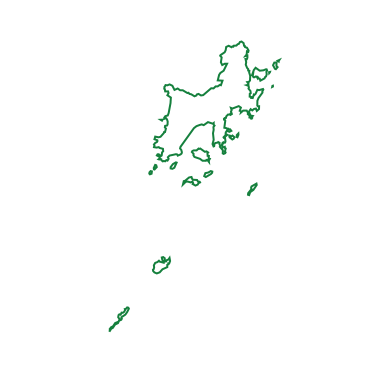 Mueang Phuket, Phuket, Thailand (Robinson projection), rotated 18°
{"feature_id": "78962969B33531913696438", "entity_name": "Mueang Phuket", "entity_type": "district", "adm_level": 2, "iso_a3": "THA", "parent_name": "Thailand", "parent_adm1": "Phuket", "projection": "robinson", "projection_center": [98.375, 7.727], "detail": "fine", "context": "isolated", "style": "outline", "palette": "green", "viewbox_px": 384, "rotation_deg": 18, "n_neighbors": 0, "source": "geoboundaries", "source_scale": "gbopen_adm2", "svg_char_len": 6012}
<svg xmlns="http://www.w3.org/2000/svg" viewBox="0 0 384 384"><g transform="rotate(18 192 192)"><path d="M135.5,98.2L133.8,98.5L133.5,100.5L132.6,100.9L133.4,100.9L133.7,102.4L134.4,102.6L135.4,104.6L138.1,103.7L139.1,105.1L138.7,107.6L142.7,108.7L144.1,114.1L145.4,124.1L145.3,126.7L143.2,128.1L142.6,130.0L143.1,130.9L144.5,129.8L145.8,130.7L147.1,132.5L147.9,135.4L147.7,136.5L146.0,137.4L146.2,138.9L147.6,139.7L147.8,143.3L146.9,143.7L147.0,144.6L145.0,149.2L143.3,150.3L139.9,150.7L140.0,153.4L143.0,153.5L143.4,154.1L143.2,155.3L141.8,156.8L141.1,158.6L141.9,159.3L142.0,161.1L144.6,160.7L146.5,159.6L147.5,160.1L151.0,159.9L152.0,162.1L151.3,163.6L151.9,166.7L150.5,168.6L150.7,170.3L150.1,171.2L150.8,171.2L151.6,170.3L152.7,170.4L153.0,171.2L154.8,171.9L155.6,171.2L157.0,171.1L157.8,169.6L159.0,169.7L159.5,167.7L158.3,166.4L159.4,164.3L165.1,161.0L166.4,160.9L167.2,161.8L169.5,159.8L170.2,158.6L170.1,157.3L168.8,155.3L167.2,154.3L167.1,152.6L174.1,130.7L175.9,128.0L178.7,125.8L180.4,124.7L182.5,124.8L185.6,120.6L190.7,120.6L191.3,119.7L191.8,121.3L192.9,121.9L192.3,123.6L193.4,126.2L193.8,129.6L196.5,135.7L196.7,140.0L198.4,142.0L198.9,141.6L198.5,139.4L199.0,138.2L201.3,137.0L201.5,136.4L202.4,136.6L203.0,136.7L203.4,138.1L204.9,139.6L204.6,140.4L208.5,142.8L209.3,145.8L210.3,146.0L211.6,144.8L211.7,143.9L210.8,143.5L210.6,140.2L209.7,140.0L209.2,138.9L207.7,140.1L205.9,137.8L205.9,135.7L206.4,135.1L207.0,135.6L207.2,134.9L208.2,134.7L208.2,133.5L206.7,130.4L205.6,130.7L205.1,130.2L206.2,128.0L207.0,128.2L207.9,126.7L206.0,126.4L205.7,124.8L206.2,123.1L209.0,123.2L210.5,121.7L208.9,120.6L208.0,121.1L207.2,120.6L206.3,121.6L205.4,120.6L202.9,120.9L201.6,113.9L200.9,113.2L200.1,113.3L199.8,112.5L200.3,111.5L201.4,111.0L201.2,109.5L202.3,107.2L203.8,106.8L204.2,105.9L204.9,106.6L205.8,105.5L204.2,103.4L204.4,101.9L203.0,100.0L204.7,100.1L209.9,95.9L212.4,96.6L212.3,100.0L213.9,100.1L214.0,101.3L215.5,98.8L218.9,97.7L220.8,99.4L221.0,100.7L223.2,101.5L223.6,103.4L224.7,103.3L225.6,104.0L226.2,103.7L226.4,102.9L225.9,102.0L226.3,100.9L224.1,101.2L221.3,98.1L222.2,95.1L224.1,95.8L225.3,93.9L227.0,92.9L228.6,94.9L230.1,92.4L229.3,89.7L228.1,90.1L227.4,89.6L226.0,85.1L226.2,82.1L228.3,75.7L227.8,74.6L228.2,72.6L227.7,72.1L224.3,74.4L222.6,74.6L222.1,79.0L221.2,80.6L220.7,80.4L220.7,83.9L219.3,84.2L219.3,83.3L217.4,83.5L216.6,80.7L217.3,79.8L216.4,77.9L213.8,76.2L213.8,75.0L213.0,73.6L211.0,73.5L212.3,72.7L212.4,71.8L210.6,70.4L212.1,69.7L212.7,68.0L211.5,63.6L209.4,60.6L209.1,59.0L207.9,59.1L207.4,57.7L206.1,57.0L203.8,54.3L203.4,51.7L201.8,49.0L203.1,48.8L203.2,47.2L202.5,45.1L200.8,46.2L201.5,44.3L200.8,41.3L202.2,41.4L202.1,40.0L199.7,37.8L197.7,37.8L197.0,36.7L196.3,36.8L195.1,34.5L192.6,33.6L191.2,34.6L190.8,36.6L189.7,37.4L189.0,39.0L186.5,40.0L186.4,41.0L185.4,41.1L184.9,42.1L181.7,41.6L179.7,43.5L180.2,46.7L179.9,49.0L176.8,53.0L176.7,53.7L178.6,54.8L179.4,59.7L181.5,61.9L183.5,59.9L185.7,59.2L184.6,66.9L182.2,70.0L181.6,72.2L182.0,77.9L186.6,76.7L186.5,81.5L185.4,81.5L183.8,83.6L181.8,84.3L180.5,86.8L178.2,87.4L172.7,96.4L170.7,97.4L167.9,96.7L166.5,97.7L166.3,98.9L164.8,100.2L161.1,99.3L159.3,99.5L158.0,98.7L157.0,99.3L151.8,98.1L149.2,98.9L146.4,98.0L143.8,100.3L140.5,97.0L137.5,96.6L135.5,98.2ZM192.4,266.8L192.5,264.4L191.0,261.6L190.4,263.6L189.0,264.7L188.8,266.0L187.7,266.5L186.5,263.4L184.7,262.8L183.5,263.6L184.8,265.8L186.8,266.9L187.0,268.0L182.8,268.2L181.8,267.6L180.8,269.3L178.9,270.8L178.4,273.5L179.3,275.4L179.4,277.2L178.9,278.0L179.4,279.1L181.1,280.1L183.7,280.3L186.1,278.4L187.8,274.6L191.7,271.1L191.0,268.9L191.9,268.1L191.5,267.2L192.4,266.8ZM191.8,149.8L186.4,148.1L185.4,148.9L184.8,148.7L183.5,151.0L180.8,151.9L179.7,152.9L179.5,154.0L181.7,155.2L182.0,156.6L183.5,157.9L189.4,158.0L192.3,159.0L195.6,158.0L195.8,157.0L196.7,156.8L198.8,158.2L198.3,157.1L198.7,155.0L197.5,155.1L196.9,152.5L195.7,152.8L194.7,150.3L195.1,149.4L193.2,148.9L191.8,149.8ZM225.9,53.3L225.1,52.3L224.5,52.4L222.3,54.2L218.9,55.7L214.1,54.2L213.1,57.0L213.0,61.1L213.5,60.3L213.9,62.8L215.0,63.8L215.6,63.8L217.1,62.3L218.0,62.4L219.2,63.5L219.3,62.6L220.5,63.5L221.4,63.3L222.6,65.0L225.9,61.5L226.0,60.1L226.7,59.2L226.7,57.0L225.6,54.7L225.9,53.3ZM189.3,180.0L188.1,179.5L186.9,177.9L184.7,179.1L182.0,183.4L180.8,184.2L181.1,187.7L182.9,184.2L184.7,183.4L187.8,183.3L189.2,181.9L190.4,183.3L190.2,184.2L193.3,184.8L195.1,183.2L195.5,181.5L196.7,180.4L196.2,179.9L194.4,180.2L193.1,179.0L189.3,180.0ZM167.2,321.7L166.0,321.8L165.5,323.2L164.3,324.1L164.9,324.8L164.5,326.9L163.5,328.3L162.3,328.5L162.0,330.8L160.7,330.8L160.2,331.8L160.5,333.9L162.5,335.4L162.3,337.0L164.2,335.4L164.4,334.2L163.8,333.8L163.6,332.9L166.5,329.2L167.4,326.3L168.0,322.5L167.2,321.7ZM249.7,171.1L251.4,165.3L250.7,164.1L246.9,168.3L246.9,169.9L247.7,170.7L245.8,175.7L246.1,177.3L247.3,177.3L247.4,174.2L249.7,171.1ZM200.5,173.5L204.5,169.0L205.2,167.5L205.0,166.3L203.4,166.3L201.4,168.5L198.9,169.9L198.7,173.1L200.5,173.5ZM232.4,42.7L230.3,43.5L229.9,46.4L232.8,49.2L233.8,49.3L234.8,46.8L233.3,46.0L232.4,42.7ZM164.4,176.2L166.2,176.0L167.7,174.4L168.3,168.8L167.5,168.8L165.2,171.4L164.0,175.0L164.4,176.2ZM156.6,350.4L157.4,347.0L158.7,345.7L159.8,341.8L162.1,339.6L162.3,337.9L159.4,340.4L158.4,344.1L156.8,345.7L156.1,347.8L156.6,348.4L156.6,350.4ZM215.5,126.8L213.0,125.8L212.2,127.0L210.5,126.6L210.1,127.2L210.9,128.4L214.1,129.6L215.1,128.5L215.5,126.8ZM149.4,182.2L150.8,179.2L149.7,177.6L148.6,177.6L148.2,181.0L148.8,182.2L149.4,182.2ZM146.5,188.2L147.9,187.1L147.5,184.8L146.2,184.9L145.5,186.4L145.7,187.7L146.5,188.2ZM218.3,125.9L218.5,123.2L218.0,122.0L217.0,124.0L217.5,125.8L218.3,125.9ZM149.1,168.4L150.3,167.0L148.7,166.4L147.6,166.8L147.3,168.1L149.1,168.4ZM139.8,133.0L141.4,133.4L141.6,132.3L139.8,133.0ZM234.1,41.1L234.0,40.6L234.3,39.4L232.9,40.7L234.1,41.1ZM235.8,67.3L236.4,66.7L236.1,65.9L235.7,66.2L235.8,67.3ZM228.7,55.1L229.1,54.1L229.1,53.7L228.3,54.2L228.7,55.1Z" fill="none" stroke="#15803d" stroke-width="2"/></g></svg>